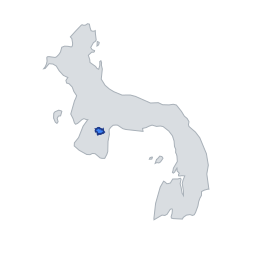 location of Pesé, Herrera, Panama, rotated 43°
{"feature_id": "35544464B3990390948119", "entity_name": "Pesé", "entity_type": "district", "adm_level": 2, "iso_a3": "PAN", "parent_name": "Panama", "parent_adm1": "Herrera", "projection": "robinson", "projection_center": [-80.628, 7.893], "detail": "fine", "context": "in_parent", "style": "filled", "palette": "blue", "viewbox_px": 256, "rotation_deg": 43, "n_neighbors": 0, "source": "geoboundaries", "source_scale": "gbopen_adm2", "svg_char_len": 4713}
<svg xmlns="http://www.w3.org/2000/svg" viewBox="0 0 256 256"><g transform="rotate(43 128 128)"><path d="M228.9,117.6L228.2,118.1L226.2,121.4L225.1,124.3L227.7,127.2L228.5,130.4L230.0,133.8L232.3,137.3L235.0,143.7L235.6,146.3L234.8,148.0L232.4,149.0L230.1,152.0L229.4,155.7L229.9,157.5L223.0,163.3L221.2,164.3L220.0,163.4L218.5,160.4L216.7,158.1L215.8,157.2L215.3,157.2L214.7,157.8L214.4,159.0L215.4,164.5L214.6,166.8L212.3,168.5L209.6,177.4L208.5,176.3L199.6,164.3L191.9,149.3L190.3,142.6L192.3,142.2L194.3,142.3L195.3,141.3L196.5,139.3L195.5,134.8L199.2,131.3L200.6,129.0L201.7,129.2L204.1,133.2L207.7,135.5L212.0,138.8L214.7,139.6L211.3,136.1L205.4,131.5L203.8,128.5L202.2,124.3L199.9,126.1L198.8,127.6L197.6,128.5L196.6,127.5L196.4,126.1L193.0,125.9L192.1,124.6L191.1,123.9L191.6,126.6L192.2,128.2L191.9,130.1L190.8,130.2L189.8,128.2L188.6,126.4L186.9,118.8L183.0,115.2L181.1,114.0L179.7,113.6L177.5,111.1L174.6,109.8L170.6,106.1L165.8,103.4L159.9,102.4L152.7,103.0L150.3,104.5L148.6,106.4L147.9,107.3L143.6,109.5L142.0,112.6L141.0,115.3L138.9,118.4L141.3,120.2L127.5,130.5L124.7,132.0L118.5,133.0L117.1,134.1L115.2,136.2L114.9,139.3L115.2,141.9L117.0,143.9L118.6,145.2L122.5,151.4L129.3,159.1L130.6,161.9L131.7,166.1L129.6,168.0L128.0,168.9L121.5,169.2L119.3,170.9L118.4,173.4L115.9,175.5L107.5,177.6L100.9,177.8L98.9,175.4L98.4,168.7L93.9,157.2L92.9,149.3L91.7,150.3L89.4,151.2L88.6,153.2L88.0,159.0L87.1,161.0L85.3,160.8L81.6,158.7L76.6,156.8L70.3,144.5L69.6,142.1L68.4,139.4L63.5,138.2L59.3,136.1L54.8,135.8L52.4,137.0L50.1,135.5L49.6,132.1L44.9,133.6L38.7,133.1L33.3,131.6L29.5,132.4L26.4,134.8L26.8,141.0L25.9,142.2L25.7,139.7L24.7,136.8L23.3,134.4L20.6,131.9L20.4,131.0L21.5,129.7L26.6,126.1L27.2,124.6L27.3,121.5L26.8,118.5L24.5,114.1L25.8,111.4L28.4,109.2L31.1,107.5L31.5,106.8L31.0,105.3L29.5,103.6L25.9,100.9L23.7,100.7L23.6,92.8L23.7,84.4L24.3,83.6L25.6,83.1L26.7,81.8L27.3,79.3L28.9,78.4L31.7,80.4L34.6,82.0L35.8,81.5L36.8,80.7L37.4,79.8L37.6,79.1L39.9,81.3L44.7,85.3L45.0,87.2L44.5,89.1L45.8,94.5L48.3,95.2L50.8,94.2L51.4,95.2L51.0,96.2L49.7,97.3L49.4,101.9L53.4,104.1L55.5,106.0L62.3,105.1L64.8,105.6L66.5,105.0L64.6,101.3L62.0,98.6L62.3,97.3L64.2,98.3L65.6,100.1L69.0,102.4L75.1,110.5L82.1,112.4L87.7,112.2L92.9,111.1L101.2,108.0L107.2,102.3L111.9,99.8L127.4,94.4L132.9,88.8L135.2,88.1L137.4,87.4L142.3,83.1L144.9,79.8L147.7,78.2L155.8,79.4L161.1,80.9L164.8,80.7L168.3,81.8L169.9,84.3L171.5,85.3L180.1,85.0L187.2,86.2L202.8,93.3L212.1,100.4L217.0,107.9L228.9,117.6ZM72.9,173.1L70.9,173.3L66.8,171.5L63.8,168.0L63.5,166.9L63.6,165.8L65.2,162.2L67.5,161.0L68.3,161.0L70.4,165.1L69.0,166.7L69.6,169.2L72.6,171.1L72.9,173.1ZM172.7,133.6L172.0,135.4L170.3,131.5L170.6,130.4L170.4,126.9L172.1,125.9L173.3,125.9L174.3,126.4L174.9,130.6L174.4,132.5L172.7,133.6ZM49.8,87.3L49.4,89.2L46.5,85.7L48.2,85.1L48.8,85.2L49.8,87.3ZM166.6,134.5L164.9,136.3L164.3,134.6L165.4,132.8L165.8,132.7L166.6,134.5Z" fill="#d9dde1" stroke="#a8b0b8" stroke-width="1"/><path d="M113.4,147.1L111.7,146.8L110.9,146.0L110.7,146.0L110.6,145.9L110.6,146.0L110.4,146.2L110.4,146.3L110.2,146.3L110.2,146.5L109.9,146.8L110.0,146.9L110.0,147.0L109.9,147.0L109.7,147.2L109.5,146.9L109.4,146.9L109.3,147.0L109.2,147.0L109.0,146.9L108.9,147.0L108.7,147.1L108.4,147.2L108.2,147.2L108.1,147.3L107.9,147.4L107.7,147.4L107.7,147.6L107.4,147.5L107.4,147.8L107.2,147.9L107.0,147.7L106.8,147.7L106.7,147.5L106.4,147.7L106.3,147.8L106.2,147.9L106.1,148.0L106.0,148.3L105.9,148.4L105.9,148.5L105.7,148.6L105.7,148.8L105.7,149.0L105.7,149.3L105.6,149.5L105.6,149.8L105.5,150.0L105.4,150.2L105.2,150.4L105.2,150.5L105.3,150.5L105.2,150.6L105.3,150.6L105.3,150.8L105.4,151.0L105.5,151.1L105.5,151.3L105.6,151.5L105.8,151.8L105.8,152.0L106.6,152.6L106.6,152.4L106.8,152.4L106.7,152.4L106.8,152.4L107.0,152.3L107.1,152.2L107.3,152.1L107.5,152.1L107.6,151.9L107.6,152.0L107.9,151.9L108.0,151.9L108.0,151.7L108.0,151.8L108.2,152.0L108.3,152.0L108.5,152.3L108.7,152.5L108.8,152.5L109.0,152.6L109.3,152.7L109.5,152.7L109.6,152.8L109.7,153.0L109.8,153.0L110.0,153.1L110.3,153.3L110.3,153.2L110.5,153.2L110.5,153.3L110.7,153.2L110.7,152.8L110.7,152.7L110.5,152.9L110.4,152.9L110.3,152.7L110.2,152.6L110.3,152.5L110.3,152.4L110.5,152.3L110.5,152.2L110.6,151.9L110.8,151.8L111.0,151.8L111.1,151.7L111.3,151.7L111.5,151.6L111.5,151.4L111.6,151.2L111.7,151.3L111.8,151.3L111.9,151.5L112.0,151.4L112.1,151.2L112.3,150.9L112.4,150.7L112.4,150.4L112.5,150.3L112.5,150.2L112.5,149.9L112.6,149.6L112.6,149.4L112.8,149.5L112.9,149.4L112.9,149.2L112.7,149.1L112.8,148.8L113.0,148.7L113.3,148.5L113.3,148.4L113.5,148.4L113.5,148.2L113.6,147.9L113.5,148.0L113.5,147.9L113.4,147.9L113.2,147.8L113.4,147.1Z" fill="#3b82f6" stroke="#1e3a8a" stroke-width="1.5"/></g></svg>